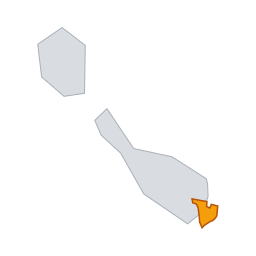 location of Saint Paul Capesterre within Saint Kitts and Nevis, rotated 175°
{"feature_id": "KNA-5107", "entity_name": "Saint Paul Capesterre", "entity_type": "Parish", "adm_level": 1, "iso_a3": "KNA", "parent_name": "Saint Kitts and Nevis", "parent_adm1": "", "projection": "equal_earth", "projection_center": [-62.833, 17.388], "detail": "fine", "context": "in_parent", "style": "filled", "palette": "amber", "viewbox_px": 256, "rotation_deg": 175, "n_neighbors": 0, "source": "natural_earth", "source_scale": "10m", "svg_char_len": 651}
<svg xmlns="http://www.w3.org/2000/svg" viewBox="0 0 256 256"><g transform="rotate(175 128 128)"><path d="M160.4,138.5L147.3,149.1L124.1,107.0L86.7,95.5L54.4,70.6L53.6,65.2L54.2,52.8L60.5,38.3L77.0,27.3L118.1,61.0L137.5,103.6L155.4,123.2L160.4,138.5ZM210.6,219.3L185.0,233.8L163.4,214.0L168.3,166.4L188.9,165.1L209.6,186.3L210.6,219.3Z" fill="#d9dde1" stroke="#a8b0b8" stroke-width="1"/><path d="M45.4,42.4L47.2,32.7L49.2,30.3L50.6,29.1L52.1,28.3L54.5,27.6L60.7,24.2L62.9,22.2L64.8,27.9L64.8,34.5L65.1,42.5L66.7,46.5L70.0,47.8L70.4,51.8L55.8,47.8L56.5,42.9L53.5,41.2L51.6,44.7L45.4,42.4Z" fill="#f59e0b" stroke="#b45309" stroke-width="1.5"/></g></svg>